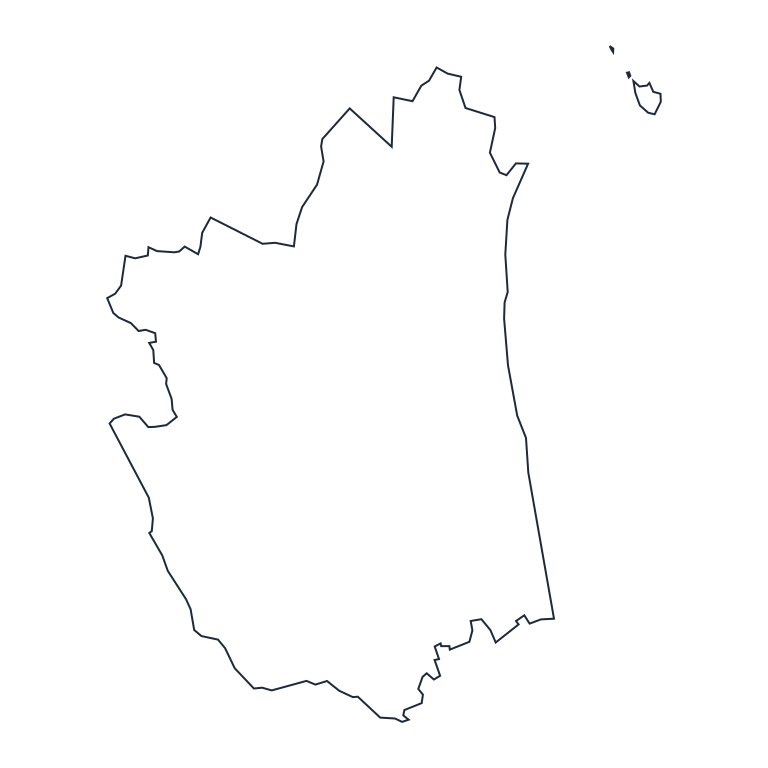 Killiney-Shankill Lea-7, Dún Laoghaire–Rathdown, Ireland
{"feature_id": "5873133B24997022792264", "entity_name": "Killiney-Shankill Lea-7", "entity_type": "district", "adm_level": 2, "iso_a3": "IRL", "parent_name": "Ireland", "parent_adm1": "Dún Laoghaire–Rathdown", "projection": "mercator", "projection_center": [-6.14, 53.238], "detail": "fine", "context": "isolated", "style": "outline", "palette": "slate", "viewbox_px": 768, "rotation_deg": 0, "n_neighbors": 0, "source": "geoboundaries", "source_scale": "gbopen_adm2", "svg_char_len": 1929}
<svg xmlns="http://www.w3.org/2000/svg" viewBox="0 0 768 768"><path d="M200.4,246.9L198.1,254.2L184.7,246.6L179.2,251.5L174.3,252.3L157.0,251.1L148.5,247.2L147.8,255.5L135.2,258.3L125.5,255.8L121.1,285.6L115.2,293.7L107.2,298.1L113.3,313.0L118.6,317.5L131.0,323.2L138.6,331.0L145.6,329.8L155.2,333.2L156.0,341.7L149.2,342.9L153.3,350.1L154.1,362.9L159.0,365.0L166.7,378.2L166.1,384.0L171.6,398.8L172.6,409.9L176.8,416.9L166.5,425.1L155.3,426.8L148.3,427.1L139.3,416.7L125.1,414.4L113.9,418.7L109.6,423.5L148.8,497.7L152.9,518.4L151.8,531.1L149.3,533.0L162.3,555.5L167.8,570.9L185.9,599.0L190.6,609.2L194.2,630.0L201.5,636.1L218.0,639.6L225.1,648.2L234.7,668.2L253.9,688.5L262.2,687.7L271.7,690.4L306.5,680.9L315.4,684.6L327.0,681.0L339.3,690.8L352.8,697.1L357.8,696.7L380.2,717.6L395.0,718.5L402.1,721.9L408.6,719.7L403.3,715.4L404.4,710.0L421.7,703.1L422.9,694.6L418.3,688.9L422.6,676.8L426.7,673.3L433.9,679.5L440.1,675.8L434.6,660.0L439.0,659.1L434.7,646.5L440.6,643.4L441.2,646.1L449.4,646.1L449.8,649.6L469.4,641.8L472.4,630.4L470.7,621.0L481.4,619.2L490.4,630.1L495.7,642.5L518.6,624.4L516.0,621.0L524.3,615.3L529.6,623.6L540.9,619.4L554.0,618.7L528.3,472.6L526.0,438.0L517.2,415.6L508.0,365.3L504.1,318.7L504.6,302.5L507.7,292.0L505.3,254.5L507.4,219.9L512.9,198.2L528.1,163.7L515.9,163.4L506.5,175.2L499.7,172.5L489.9,152.7L495.2,128.1L494.5,117.1L465.5,108.0L459.4,89.9L461.2,76.8L447.6,73.6L436.6,67.5L429.1,80.6L421.3,85.7L412.5,101.2L393.7,97.3L391.7,146.8L349.7,108.4L322.3,139.1L321.1,146.5L323.6,161.5L317.0,184.7L302.1,207.1L296.5,224.0L293.9,246.4L275.0,242.8L262.6,243.8L210.6,217.5L202.2,232.8L200.4,246.9ZM635.4,93.1L639.9,105.4L648.1,112.7L654.6,114.3L660.8,101.8L660.5,93.8L653.3,91.8L649.4,82.9L647.0,85.6L639.5,86.5L633.4,81.0L635.4,93.1ZM630.3,75.8L629.0,72.2L627.0,72.7L628.8,77.4L630.3,75.8ZM611.9,50.3L613.1,52.1L613.3,48.6L609.7,46.1L611.9,50.3Z" fill="none" stroke="#1e293b" stroke-width="2"/></svg>